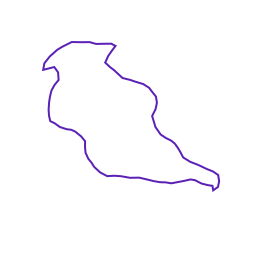 outline of Taquaral, São Paulo, Brazil, rotated 43°
{"feature_id": "56859067B97918331690262", "entity_name": "Taquaral", "entity_type": "district", "adm_level": 2, "iso_a3": "BRA", "parent_name": "Brazil", "parent_adm1": "São Paulo", "projection": "natural_earth1", "projection_center": [-48.393, -21.068], "detail": "fine", "context": "isolated", "style": "outline", "palette": "violet", "viewbox_px": 256, "rotation_deg": 43, "n_neighbors": 0, "source": "geoboundaries", "source_scale": "gbopen_adm2", "svg_char_len": 1117}
<svg xmlns="http://www.w3.org/2000/svg" viewBox="0 0 256 256"><g transform="rotate(43 128 128)"><path d="M26.3,143.3L32.5,133.7L38.9,135.0L44.5,140.2L44.9,146.5L46.4,152.6L49.6,158.4L53.0,163.3L57.5,168.8L61.9,172.9L66.5,176.0L70.9,174.6L77.6,173.7L84.0,170.7L87.7,168.0L92.0,166.6L99.4,166.1L105.6,166.9L109.6,171.3L113.9,175.1L120.1,177.6L124.8,178.2L129.7,179.5L137.8,179.5L145.6,177.4L150.5,172.3L155.8,168.0L163.5,163.0L170.0,156.7L176.8,152.8L183.0,149.3L188.4,145.8L192.6,142.1L197.4,138.9L200.2,135.1L204.9,128.7L208.8,123.0L212.5,120.5L219.6,118.5L225.4,115.3L229.2,112.7L232.8,115.5L234.0,109.8L231.0,104.8L226.0,100.9L219.9,101.8L213.7,104.2L204.3,107.2L196.6,110.3L188.4,111.9L183.0,110.0L178.3,108.6L172.9,107.5L168.1,107.8L162.5,109.5L156.3,110.5L147.5,108.6L137.5,102.8L135.3,95.4L132.0,89.9L127.1,86.0L121.1,85.1L116.0,84.2L109.1,85.5L101.4,89.3L97.3,91.1L89.8,95.2L78.3,95.2L73.6,95.7L66.7,95.7L64.4,88.8L63.5,82.5L62.9,76.5L58.2,77.8L53.3,82.5L47.3,88.3L41.3,91.4L36.0,96.5L28.2,103.5L24.5,113.5L22.9,119.1L22.0,129.0L22.7,137.7L26.3,143.3Z" fill="none" stroke="#5b21b6" stroke-width="2"/></g></svg>